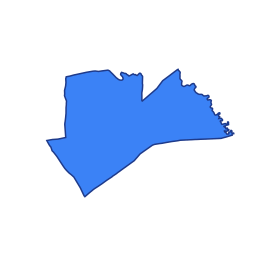 outline of Kong Pisei, Kâmpóng Spœ, Cambodia, rotated 44°
{"feature_id": "14789045B51909303537300", "entity_name": "Kong Pisei", "entity_type": "district", "adm_level": 2, "iso_a3": "KHM", "parent_name": "Cambodia", "parent_adm1": "Kâmpóng Spœ", "projection": "orthographic", "projection_center": [104.699, 11.314], "detail": "fine", "context": "isolated", "style": "filled", "palette": "blue", "viewbox_px": 256, "rotation_deg": 44, "n_neighbors": 0, "source": "geoboundaries", "source_scale": "gbopen_adm2", "svg_char_len": 5025}
<svg xmlns="http://www.w3.org/2000/svg" viewBox="0 0 256 256"><g transform="rotate(44 128 128)"><path d="M144.7,207.3L145.2,201.7L145.8,196.4L146.1,194.7L147.0,190.9L148.1,185.7L148.7,182.1L149.2,179.5L149.8,176.9L150.4,174.2L150.4,173.4L151.4,168.8L151.6,167.0L152.0,165.1L152.3,163.2L155.2,147.1L155.0,144.0L155.0,142.9L154.7,138.7L154.8,137.6L155.8,132.3L157.5,123.4L158.5,121.3L160.0,119.3L161.5,117.3L163.0,115.5L165.4,112.1L167.3,109.5L169.0,107.2L170.2,105.7L171.0,104.7L172.8,102.4L174.1,100.5L178.7,95.6L179.3,95.0L180.1,94.1L182.0,92.1L184.2,89.7L185.2,88.7L188.1,85.6L191.0,82.6L191.4,82.2L201.8,71.2L202.4,70.5L202.9,69.5L204.3,67.2L204.8,66.4L207.9,60.8L207.5,60.6L207.3,60.2L207.4,59.6L207.7,59.0L208.0,58.6L207.6,58.3L207.2,58.5L206.8,59.1L206.6,59.3L206.2,59.4L205.8,59.2L205.5,58.9L205.3,58.5L205.0,58.1L204.5,57.9L204.0,58.0L203.7,58.3L203.9,58.7L204.1,59.1L204.3,59.4L204.2,60.0L203.7,60.5L203.5,60.9L203.8,61.5L204.1,61.8L204.5,62.0L204.3,62.8L203.8,63.3L203.4,63.7L203.0,63.7L202.3,63.3L201.4,63.4L200.9,63.5L200.5,63.6L200.0,63.5L199.7,63.4L199.4,63.1L199.8,62.8L200.1,62.6L200.5,62.4L201.0,62.1L201.2,61.8L201.4,61.4L201.5,60.9L201.9,60.4L202.0,59.7L202.0,59.3L201.5,59.2L201.2,59.8L200.5,59.8L200.1,59.4L199.7,59.2L199.3,59.2L199.2,59.7L199.2,60.3L199.0,60.5L198.1,60.1L197.6,59.9L197.2,60.1L196.8,60.2L196.4,60.3L196.0,60.3L195.8,60.0L196.2,59.4L196.7,58.9L196.7,58.3L196.7,57.9L197.0,57.4L197.3,57.0L197.5,56.8L197.7,56.4L198.0,55.7L197.8,55.5L197.3,55.1L197.0,54.8L196.6,54.3L196.1,54.0L195.8,54.1L195.5,54.5L195.8,54.9L196.2,55.4L196.6,55.9L196.5,56.4L196.3,56.7L195.6,57.0L195.1,57.1L194.7,57.4L194.5,57.9L194.2,58.3L193.9,58.8L193.5,59.5L193.2,59.8L193.0,60.1L192.6,60.1L191.8,59.8L191.3,59.5L189.9,59.2L189.6,58.9L189.6,58.4L190.1,58.1L190.5,57.7L190.7,57.3L190.6,56.7L190.2,56.4L189.4,56.3L188.9,56.3L188.6,56.2L188.3,56.5L188.1,56.7L187.3,57.0L187.1,57.2L187.1,57.7L186.7,58.2L186.5,57.8L186.6,57.4L186.5,56.7L186.2,56.2L185.6,56.2L185.1,56.5L184.8,56.4L184.1,56.1L183.9,55.5L183.9,54.9L184.3,54.2L184.2,53.9L183.8,53.5L183.4,53.4L183.1,53.7L182.8,54.3L182.7,54.8L182.8,55.5L182.8,55.9L182.6,56.4L182.5,57.0L182.2,57.7L181.6,58.1L181.0,58.1L180.2,57.8L179.7,57.5L179.3,57.4L178.8,57.2L177.9,57.1L177.5,57.0L176.8,57.1L176.3,56.9L176.0,56.4L175.8,55.8L175.5,55.4L174.9,55.2L174.5,55.5L174.0,55.7L173.6,55.9L173.0,56.0L172.7,55.8L172.3,55.4L172.0,54.1L171.9,53.3L171.7,53.0L171.4,52.8L170.4,52.4L169.8,51.8L169.5,51.5L169.0,50.5L168.4,50.3L167.9,50.4L166.9,51.1L166.6,51.6L166.0,52.4L165.2,52.4L164.9,52.1L164.6,51.9L164.5,51.6L164.5,51.1L164.6,50.8L164.8,50.5L164.9,50.1L164.8,49.7L164.6,49.3L164.2,48.9L163.3,48.7L162.7,49.1L162.3,49.9L162.0,50.5L161.6,50.9L161.3,51.2L161.0,51.6L160.5,52.0L160.1,52.3L159.7,52.4L159.1,52.4L158.6,52.4L158.1,52.4L157.6,52.7L157.3,52.9L156.9,53.3L156.3,53.9L155.7,54.4L155.1,54.7L154.3,54.9L153.7,55.0L152.9,55.2L152.4,55.3L151.3,55.2L151.0,55.1L150.6,55.0L150.1,54.9L149.7,54.9L149.2,54.6L149.0,54.4L148.4,52.9L148.5,52.5L148.6,52.0L148.4,51.3L148.2,51.1L147.8,50.9L147.3,51.1L146.8,51.0L146.5,50.8L145.9,50.7L145.6,50.5L144.9,50.3L144.4,50.4L144.0,50.8L143.7,51.2L143.3,52.2L143.2,52.7L143.2,53.1L143.2,54.1L143.1,54.6L142.5,55.1L141.8,55.3L141.1,55.7L140.7,56.0L140.4,56.5L140.0,57.9L139.8,58.4L139.6,58.9L139.4,59.3L138.7,59.6L138.0,59.8L137.5,59.9L136.9,59.9L136.6,59.7L136.1,59.2L135.8,58.9L135.2,58.2L134.7,57.4L134.5,57.0L133.8,56.6L133.4,56.6L132.9,56.6L132.3,56.6L131.8,56.6L131.0,56.3L130.5,55.8L130.2,55.5L129.8,55.0L129.1,54.3L128.5,53.7L128.2,53.5L127.6,52.7L127.3,52.2L126.8,51.7L126.5,51.6L126.0,51.5L125.7,51.5L125.2,51.4L124.7,51.5L124.2,51.5L123.3,51.0L123.0,51.6L121.8,59.1L121.6,60.6L120.1,69.9L121.3,79.5L120.8,85.2L119.6,98.3L119.5,98.7L119.0,98.7L116.3,95.9L114.9,94.5L113.6,93.2L111.6,90.3L110.0,88.4L108.5,86.7L107.8,86.3L107.0,85.5L102.8,80.9L102.2,80.6L100.8,80.5L100.0,80.1L99.6,80.0L98.8,80.1L98.4,80.4L98.2,80.9L98.2,82.8L98.1,83.9L97.3,84.3L96.4,84.3L95.8,85.0L95.0,85.4L94.1,85.5L92.8,89.5L92.3,90.0L91.6,90.0L91.2,89.9L90.6,90.1L90.1,90.3L89.6,90.3L89.0,90.2L88.4,90.4L87.8,91.0L87.2,91.3L86.4,91.6L85.4,92.1L84.7,92.5L84.8,92.9L84.9,93.7L85.2,94.2L85.6,94.7L86.7,94.9L87.6,94.9L88.6,95.0L89.8,95.6L90.2,96.0L90.6,96.7L90.5,97.4L89.9,98.4L88.7,99.2L87.4,99.7L85.9,99.8L84.8,100.0L79.6,99.8L77.3,99.8L76.2,99.8L75.1,99.7L73.4,100.3L71.3,102.9L69.4,105.3L67.5,107.8L64.8,109.8L63.3,111.5L59.4,116.8L55.8,122.2L52.1,127.7L50.1,131.1L48.6,133.2L48.0,134.1L48.2,134.4L49.0,135.8L51.8,138.4L54.0,141.2L56.3,145.1L58.8,147.5L59.9,148.9L62.8,150.3L65.0,151.3L66.7,153.3L67.4,154.0L69.3,156.4L73.3,160.6L76.1,164.1L78.3,167.0L78.7,167.6L79.1,168.2L80.0,169.3L89.8,178.1L85.3,184.7L81.7,188.7L78.3,193.4L79.5,193.8L81.8,194.5L83.5,195.0L84.7,195.2L85.8,195.3L89.2,197.1L91.1,197.1L96.8,197.9L100.7,198.8L104.6,199.7L107.7,200.4L110.7,201.0L112.2,201.1L112.9,201.2L116.8,201.3L119.7,201.0L123.1,200.9L127.6,202.1L135.1,204.1L142.5,206.9L143.6,207.3L144.3,207.2L144.7,207.3Z" fill="#3b82f6" stroke="#1e3a8a" stroke-width="1.5"/></g></svg>